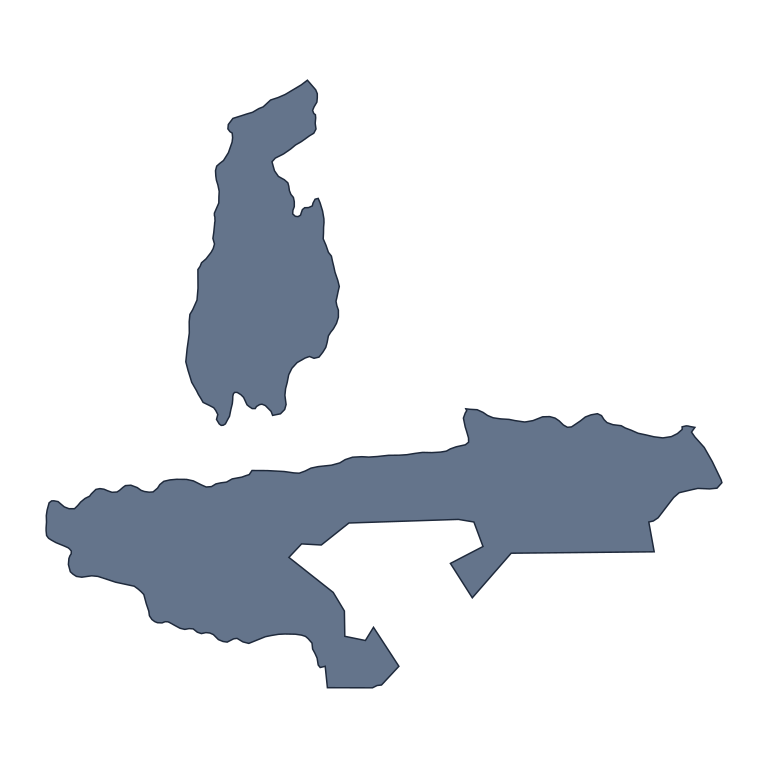 the district of Panfilov, Chuy, Kyrgyzstan
{"feature_id": "92254566B35271705363117", "entity_name": "Panfilov", "entity_type": "district", "adm_level": 2, "iso_a3": "KGZ", "parent_name": "Kyrgyzstan", "parent_adm1": "Chuy", "projection": "mercator", "projection_center": [73.745, 42.502], "detail": "fine", "context": "isolated", "style": "filled", "palette": "slate", "viewbox_px": 768, "rotation_deg": 0, "n_neighbors": 0, "source": "geoboundaries", "source_scale": "gbopen_adm2", "svg_char_len": 5137}
<svg xmlns="http://www.w3.org/2000/svg" viewBox="0 0 768 768"><path d="M46.6,535.6L48.6,538.3L51.4,540.1L55.9,542.6L57.1,543.1L64.2,546.0L68.2,547.8L69.6,549.0L71.3,551.0L71.2,553.8L69.9,555.8L68.9,558.5L68.4,564.5L70.3,571.7L72.9,574.1L76.4,576.4L81.8,577.2L91.7,575.8L97.9,576.4L115.6,582.2L124.0,584.0L134.2,586.2L138.3,589.2L140.9,591.5L143.8,594.5L146.3,603.8L148.8,611.2L149.4,615.7L150.2,617.0L151.9,619.5L154.7,621.6L157.4,622.7L162.1,622.9L165.1,621.7L167.9,621.8L169.3,622.4L175.8,626.0L180.1,628.3L184.8,629.4L189.1,628.6L193.2,628.9L197.3,632.2L201.4,633.6L205.9,632.6L209.8,633.0L213.4,634.6L218.4,639.6L223.0,641.5L227.2,642.1L233.7,638.8L237.1,638.4L242.9,641.9L248.8,643.4L258.2,639.6L265.4,636.7L271.3,635.5L278.5,634.3L284.9,634.0L295.3,634.2L301.5,635.1L305.5,636.4L308.1,638.6L312.0,643.1L312.6,649.0L314.9,653.2L317.1,658.1L318.2,665.0L320.2,667.5L325.2,666.3L327.4,687.7L372.5,687.8L377.1,685.5L381.5,685.0L398.9,666.3L373.5,627.3L365.4,640.5L344.8,636.3L344.4,611.0L333.2,592.4L288.9,557.4L301.6,543.9L321.3,545.0L348.9,523.0L458.4,519.4L473.9,522.0L483.0,546.5L450.4,563.4L472.3,597.8L511.2,553.2L654.2,551.8L648.8,522.0L653.3,521.0L658.1,517.8L670.5,501.6L673.7,497.5L679.2,492.7L692.3,489.6L697.8,488.4L709.6,488.9L717.0,488.2L721.9,482.7L721.1,479.9L712.3,461.6L704.2,447.4L694.9,437.0L691.5,432.1L694.9,427.4L693.4,427.1L690.0,426.5L688.1,426.0L686.8,425.9L686.0,425.9L682.1,426.8L682.2,429.4L677.4,433.6L671.4,436.6L662.9,437.9L654.0,436.8L645.9,434.9L638.4,433.3L638.2,433.3L631.2,430.2L625.3,428.0L621.2,425.7L613.0,424.7L607.0,422.6L604.1,419.7L601.5,415.6L597.5,413.7L591.1,414.8L585.3,417.0L580.4,420.9L574.2,425.1L571.5,426.9L567.5,427.3L563.4,425.0L559.2,420.9L555.1,418.1L549.7,416.6L542.6,416.8L533.0,420.6L526.2,421.8L524.6,422.0L515.0,420.6L509.1,419.4L500.9,418.9L493.2,417.8L487.6,415.5L483.1,412.4L477.1,409.7L470.0,409.3L465.8,408.8L466.7,410.8L465.3,412.9L463.4,418.1L465.2,426.9L466.5,431.0L468.5,437.9L468.6,442.2L465.3,444.8L460.7,445.8L456.2,446.8L450.3,448.9L446.4,451.1L440.4,452.1L431.9,452.6L422.6,452.4L415.0,453.4L406.9,454.7L399.2,455.2L388.6,455.3L377.5,456.5L368.6,457.1L367.4,457.0L361.9,456.7L352.5,457.2L345.2,459.6L339.8,462.9L331.4,465.2L318.2,466.6L311.0,468.1L305.2,471.0L299.2,473.2L293.9,472.9L284.1,471.5L267.3,470.6L252.0,470.5L249.2,474.6L245.7,475.7L241.9,477.1L232.2,478.9L226.5,482.1L221.0,482.8L215.9,483.9L211.5,486.6L206.2,487.0L201.4,484.9L193.4,480.9L186.5,479.4L176.5,479.3L169.9,479.9L163.8,481.3L159.8,484.6L157.6,488.1L153.1,491.9L149.2,492.2L144.4,491.5L141.0,490.3L137.3,487.6L130.9,485.2L125.4,485.6L122.8,487.5L119.5,490.4L117.0,492.0L112.0,492.3L107.5,490.7L104.0,489.2L99.9,488.6L95.9,489.4L91.3,493.9L89.6,496.2L85.1,498.4L80.7,502.0L77.7,505.6L74.5,508.7L69.0,508.7L64.3,506.9L60.5,503.7L58.1,501.6L53.9,500.8L51.6,500.9L49.1,502.8L47.1,510.2L46.3,515.6L46.5,522.2L46.1,527.9L46.1,530.8L46.6,535.6ZM307.4,80.2L301.2,84.9L285.1,94.5L278.2,97.5L270.6,100.0L263.1,106.9L258.8,108.6L252.5,112.3L247.0,113.9L241.5,115.7L232.9,118.4L228.3,124.5L227.9,128.9L229.9,131.6L232.2,133.1L232.6,137.8L232.1,142.1L228.4,152.7L223.5,160.5L219.5,163.6L216.7,166.1L215.5,170.7L215.8,176.0L216.4,180.2L217.9,185.0L219.2,191.4L218.9,196.8L218.8,203.0L214.4,213.1L214.4,215.5L214.9,217.2L214.9,218.8L215.0,220.6L215.0,221.4L214.7,222.3L214.7,222.5L214.7,222.9L214.7,223.3L214.6,223.5L214.6,223.8L214.6,224.1L213.8,232.2L212.9,238.4L214.5,244.0L213.2,248.5L211.2,252.2L206.1,258.8L201.5,262.8L200.1,266.4L197.9,269.5L198.0,288.3L197.0,300.1L192.7,309.7L189.9,314.4L189.2,321.7L189.3,333.1L188.4,339.7L187.1,348.9L185.8,361.8L188.1,370.6L190.2,377.3L191.7,382.3L194.4,387.0L196.6,390.8L198.3,394.3L200.7,398.2L203.1,402.4L209.1,405.3L213.7,407.7L215.7,410.4L217.8,414.5L216.5,419.4L219.2,423.9L221.2,425.4L223.3,425.2L225.4,423.9L227.4,420.1L229.5,416.3L230.9,409.4L232.3,403.7L232.7,399.9L232.8,396.3L233.4,393.8L234.6,392.4L237.2,392.4L240.9,394.7L243.6,397.4L247.0,404.8L249.2,406.6L252.2,408.6L255.2,408.6L256.5,406.5L259.6,404.6L262.0,404.2L265.4,405.6L271.1,411.4L272.6,415.4L280.5,413.8L284.7,409.5L286.1,404.5L284.9,395.3L285.6,388.6L287.2,382.5L288.7,374.8L291.9,368.3L297.1,362.6L305.2,358.0L309.5,356.5L314.0,358.3L319.0,357.1L322.9,352.1L325.8,347.4L327.1,342.6L328.4,335.9L330.7,332.2L333.4,328.8L336.5,323.3L338.4,317.2L338.4,310.2L336.8,305.5L336.0,301.2L336.8,297.9L338.3,290.7L339.3,286.5L337.8,280.4L335.0,272.2L333.7,266.2L332.5,261.3L331.4,256.1L328.4,252.3L326.0,245.3L323.2,238.8L323.5,233.2L323.6,227.2L324.0,222.6L323.9,218.8L322.6,211.1L320.1,202.9L318.2,198.4L315.1,199.2L313.0,203.1L312.3,205.9L308.5,207.6L304.7,207.7L302.4,209.6L301.5,212.1L300.5,215.2L298.1,216.6L295.3,216.3L292.7,213.9L292.9,210.4L294.3,206.6L294.3,201.7L293.4,197.4L290.9,194.4L289.4,190.6L288.8,186.3L287.9,182.9L284.3,179.7L282.3,178.6L278.4,176.4L274.5,170.8L273.2,166.2L272.0,161.8L275.3,158.1L283.6,153.9L290.7,149.0L295.5,145.0L301.4,141.6L309.5,135.8L313.8,133.2L316.0,129.0L315.2,123.3L315.7,117.9L315.4,114.7L313.8,113.5L312.6,110.4L314.1,106.8L316.9,102.1L317.3,97.7L317.3,93.7L315.7,89.8L307.4,80.2Z" fill="#64748b" stroke="#1e293b" stroke-width="1.5"/></svg>